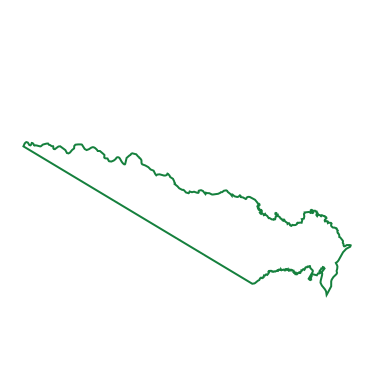 outline of Alenquer, Pará, Brazil, rotated 301°
{"feature_id": "56859067B11405139062932", "entity_name": "Alenquer", "entity_type": "district", "adm_level": 2, "iso_a3": "BRA", "parent_name": "Brazil", "parent_adm1": "Pará", "projection": "orthographic", "projection_center": [-54.835, -0.309], "detail": "fine", "context": "isolated", "style": "outline", "palette": "green", "viewbox_px": 384, "rotation_deg": 301, "n_neighbors": 0, "source": "geoboundaries", "source_scale": "gbopen_adm2", "svg_char_len": 6109}
<svg xmlns="http://www.w3.org/2000/svg" viewBox="0 0 384 384"><g transform="rotate(301 192 192)"><path d="M194.2,130.3L194.0,129.6L194.6,128.5L194.7,127.4L195.6,124.8L194.4,120.9L193.6,120.3L191.9,120.1L191.2,119.6L187.5,118.4L181.6,120.3L181.1,120.2L180.8,119.7L181.0,118.0L181.8,116.0L183.5,113.0L183.9,112.0L183.8,110.9L183.3,110.1L182.7,109.7L180.7,109.5L178.6,108.7L176.6,107.2L175.7,105.2L175.7,104.8L177.2,102.3L176.2,100.3L176.2,99.4L176.4,99.0L178.6,97.9L178.9,96.8L179.7,92.0L178.6,90.1L179.3,88.6L179.8,86.2L179.7,84.7L179.2,83.7L178.1,82.8L175.6,81.6L173.7,80.1L173.6,77.9L175.9,73.3L175.8,72.7L174.1,69.8L172.5,67.7L170.8,67.4L168.6,68.5L166.3,67.6L163.0,67.1L161.5,66.3L161.0,64.7L162.7,61.9L163.3,55.5L162.4,54.3L161.8,53.9L158.1,52.4L157.7,51.5L158.0,50.7L159.1,50.0L159.7,49.4L159.1,48.3L159.0,47.5L159.2,46.4L158.8,45.2L159.4,43.6L158.4,42.2L155.9,39.8L153.4,38.9L152.9,38.4L152.0,35.3L151.5,33.9L150.8,33.3L150.7,32.5L151.4,31.6L151.8,30.2L151.5,29.4L149.6,29.7L148.8,29.5L148.5,28.4L149.8,25.8L149.5,24.4L149.0,24.0L147.5,23.6L144.3,24.0L144.4,290.9L145.8,292.6L146.5,293.0L149.9,294.2L151.2,295.0L153.0,294.8L153.7,295.5L154.0,295.4L154.3,296.4L154.8,296.4L155.0,296.9L155.4,296.8L155.9,297.3L157.6,296.6L158.0,297.2L157.8,297.4L158.1,297.7L159.6,298.0L159.7,299.2L161.6,299.5L162.3,299.1L162.6,299.3L163.2,298.6L164.0,299.1L164.1,299.6L164.4,299.7L164.5,299.4L165.2,300.4L165.4,301.3L165.0,301.9L165.7,302.5L165.5,303.7L165.7,303.2L166.6,303.7L166.8,304.0L166.7,304.3L167.7,305.0L168.4,306.0L168.7,305.5L169.1,305.5L169.8,306.4L170.2,306.4L171.1,307.6L170.6,307.8L170.9,308.4L171.4,308.2L171.1,308.8L171.5,308.9L171.8,309.8L172.6,310.4L173.1,311.2L172.5,311.7L172.6,312.1L174.4,312.2L174.6,312.6L174.2,313.4L175.0,313.7L174.5,314.0L175.2,314.6L174.4,315.5L174.8,316.0L175.1,315.5L175.4,315.7L175.7,316.6L176.0,316.3L176.4,317.2L176.3,317.6L176.6,317.6L176.8,318.7L176.4,319.3L175.7,319.1L176.4,319.7L175.7,320.0L175.9,320.5L176.3,320.5L176.2,320.8L175.2,321.3L175.4,321.8L175.9,321.7L176.2,322.1L175.2,322.6L175.4,323.0L175.9,323.0L175.8,323.3L175.0,323.4L175.4,324.3L176.2,324.5L176.8,324.2L177.1,324.8L178.0,325.0L178.3,325.6L178.0,326.0L178.2,326.4L178.5,326.5L179.2,325.9L180.2,326.6L181.3,326.1L181.6,326.8L183.2,327.1L183.2,328.4L184.1,328.3L184.6,328.5L185.5,328.1L186.3,328.5L186.9,329.5L187.6,329.4L188.0,329.9L188.0,330.7L188.3,331.0L188.6,330.7L189.0,330.9L189.2,331.2L187.7,332.8L187.0,335.7L186.5,336.3L185.4,336.6L177.7,336.7L177.5,337.5L178.2,337.8L177.4,338.3L177.4,338.7L178.2,339.2L178.9,338.0L179.4,338.3L179.6,338.0L180.2,338.1L180.6,337.8L181.3,338.0L182.8,337.2L183.1,337.2L183.8,338.2L184.9,341.9L187.1,342.0L188.0,343.4L188.4,343.6L188.7,343.5L188.8,342.5L189.1,342.3L190.0,342.7L190.5,342.0L191.8,342.4L193.1,342.2L193.5,343.1L195.1,342.8L195.3,343.6L194.7,345.0L190.5,344.6L189.6,345.0L189.2,345.6L187.8,346.3L182.2,348.0L180.4,348.9L178.7,351.5L177.0,356.2L176.3,357.4L175.8,358.2L173.1,360.4L173.8,360.4L182.8,359.9L187.2,357.3L188.8,356.9L191.9,357.0L196.0,358.1L197.3,358.0L198.8,356.6L201.0,356.0L203.1,355.0L203.9,354.1L205.3,351.8L207.2,352.6L208.8,352.8L218.2,352.5L222.8,353.5L226.6,355.8L228.0,355.5L227.9,354.8L226.2,352.0L224.1,350.9L223.8,350.2L224.3,349.4L225.5,348.6L226.1,347.4L227.5,346.8L227.9,346.4L229.2,343.0L229.5,341.9L229.3,341.5L231.2,340.1L232.0,338.6L231.8,338.3L232.1,337.8L232.9,337.0L234.1,336.8L234.4,335.4L235.2,334.9L235.3,334.2L234.9,333.6L235.0,332.7L234.1,331.1L234.4,329.2L235.3,328.2L236.8,327.9L237.1,327.1L236.1,324.9L235.3,324.5L235.8,323.9L236.6,323.7L236.7,323.4L236.4,322.4L235.3,321.1L235.8,320.5L236.6,320.2L238.9,320.7L239.5,320.0L239.2,319.0L239.7,318.1L239.3,317.5L239.0,315.3L237.7,315.1L237.7,314.7L238.2,314.2L237.7,312.5L236.9,311.7L235.8,311.7L236.3,310.5L236.7,310.3L237.3,310.8L238.1,311.0L238.3,309.9L239.0,309.9L239.1,309.7L239.1,308.8L239.4,308.6L238.9,307.9L239.3,307.1L238.2,305.2L238.1,304.6L238.4,304.0L238.1,303.4L237.4,303.2L236.9,303.7L237.1,305.7L236.7,306.5L236.3,306.4L235.9,306.0L235.9,305.0L235.1,304.4L235.3,303.1L235.0,302.4L232.5,299.1L232.1,299.5L230.8,299.3L229.0,300.8L226.8,301.6L225.3,300.1L224.7,301.0L222.1,301.8L221.4,300.3L220.3,299.2L220.3,298.6L220.0,298.3L219.2,298.1L218.7,298.4L218.3,298.4L217.0,297.7L216.0,296.3L215.5,294.9L214.2,294.7L214.0,294.1L214.0,293.2L214.6,292.7L215.2,291.1L213.8,290.4L214.6,289.6L214.7,287.5L215.0,286.4L215.8,285.3L215.7,284.9L215.2,284.8L214.4,285.0L214.3,284.2L215.2,282.5L214.8,281.7L215.8,279.8L215.6,278.4L215.9,277.9L216.9,277.1L216.3,275.9L217.4,275.1L217.3,274.7L216.7,274.4L215.8,275.1L215.8,276.0L214.6,276.9L213.7,276.5L211.5,277.3L211.2,277.2L210.9,276.3L210.6,276.5L210.2,276.2L210.2,275.7L209.6,274.5L209.6,271.8L209.1,271.2L210.2,268.9L210.4,266.8L210.9,265.9L210.5,265.8L209.7,266.1L209.1,265.5L209.7,264.9L209.9,263.1L209.7,262.8L208.8,262.6L208.8,261.9L209.2,260.9L211.1,261.9L211.8,261.6L212.3,260.6L211.9,260.0L210.9,260.1L211.0,259.2L211.1,258.8L211.5,259.0L212.3,258.3L211.9,257.8L211.8,257.2L212.5,256.4L213.0,256.5L213.2,256.2L213.5,255.4L213.9,255.5L214.0,256.5L215.0,256.2L215.7,256.6L216.3,256.0L216.4,255.3L215.8,254.7L216.6,253.4L217.8,250.0L217.5,244.0L216.8,242.7L216.1,242.1L215.4,241.8L214.2,242.0L213.7,241.7L213.6,238.4L212.8,236.5L213.7,235.6L213.8,234.8L212.0,234.3L211.0,233.3L210.2,230.6L210.7,227.9L210.5,227.6L209.3,228.1L210.0,226.3L210.5,222.6L211.1,221.5L211.0,220.4L209.5,218.7L207.4,217.9L206.6,216.8L205.8,216.6L203.9,215.3L200.5,211.1L200.1,210.2L199.9,207.5L198.9,205.6L198.5,204.1L198.1,204.1L197.4,204.7L197.1,204.7L198.5,200.8L198.2,198.8L196.8,197.3L196.1,197.2L195.2,197.9L194.6,197.9L194.0,196.9L193.3,193.6L191.8,192.1L191.2,189.7L189.8,189.9L189.2,189.7L188.5,187.1L189.4,184.2L189.3,183.2L188.8,182.6L188.6,179.1L189.4,176.6L189.9,172.9L190.8,172.9L191.2,171.9L191.9,171.3L193.5,168.9L193.6,165.6L194.5,164.3L195.2,162.1L195.1,161.5L193.7,161.6L192.6,160.9L191.7,159.6L190.5,155.2L189.1,153.3L187.9,152.8L188.5,151.2L190.5,148.1L190.0,144.9L190.8,141.8L190.7,138.3L190.1,135.2L190.4,134.3L191.0,133.7L193.2,132.3L194.2,130.3Z" fill="none" stroke="#15803d" stroke-width="2"/></g></svg>